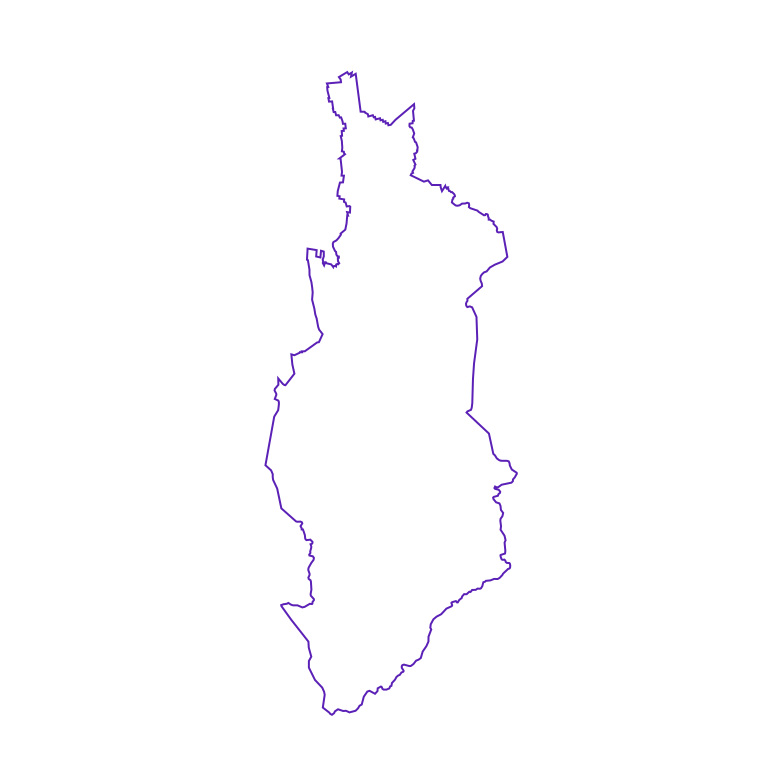 outline of Zacapoaxtla, Puebla, Mexico, rotated 167°
{"feature_id": "50627088B50649641407498", "entity_name": "Zacapoaxtla", "entity_type": "district", "adm_level": 2, "iso_a3": "MEX", "parent_name": "Mexico", "parent_adm1": "Puebla", "projection": "albers", "projection_center": [-97.59, 19.841], "detail": "fine", "context": "isolated", "style": "outline", "palette": "violet", "viewbox_px": 768, "rotation_deg": 167, "n_neighbors": 0, "source": "geoboundaries", "source_scale": "gbopen_adm2", "svg_char_len": 6128}
<svg xmlns="http://www.w3.org/2000/svg" viewBox="0 0 768 768"><g transform="rotate(167 384 384)"><path d="M418.3,104.5L415.0,107.2L412.4,107.6L409.8,108.7L406.5,114.6L401.6,119.1L398.6,123.1L397.5,127.7L393.2,134.2L393.7,136.1L392.5,139.4L388.8,143.6L385.1,145.5L380.1,146.8L373.7,151.1L368.3,152.2L367.5,152.7L367.3,153.5L367.6,155.5L366.7,156.1L362.8,156.3L361.9,154.7L361.3,154.6L359.2,156.7L356.4,158.0L355.7,159.4L353.2,161.2L350.8,160.6L347.6,162.4L346.6,161.9L346.0,162.2L344.5,163.5L340.9,162.8L338.9,163.6L336.5,162.9L335.5,163.1L333.7,164.9L331.8,168.5L330.1,168.6L329.0,169.3L324.6,168.7L320.5,169.3L317.1,168.4L314.9,169.1L311.6,171.3L310.7,172.4L304.7,175.9L303.2,176.0L302.5,176.7L301.8,178.7L301.8,180.8L302.3,181.4L304.5,182.0L305.4,183.1L305.5,184.6L306.2,185.8L307.7,185.9L308.8,186.6L309.2,189.5L309.0,191.0L308.6,191.2L304.2,191.6L303.3,194.1L302.2,202.3L300.7,204.4L300.7,209.1L303.2,215.8L302.0,218.9L301.4,224.7L300.7,226.5L298.4,228.5L296.9,231.5L298.4,235.0L297.9,239.1L298.4,241.7L301.4,243.5L303.2,247.2L303.2,248.8L302.4,249.3L298.1,249.5L297.3,250.9L295.5,251.8L295.0,252.9L296.0,255.1L299.4,256.9L299.8,257.8L298.8,259.1L297.7,258.1L296.1,257.7L292.0,259.4L282.0,259.2L280.3,260.3L279.8,262.0L277.7,263.5L274.8,266.6L274.7,267.7L278.7,271.9L279.7,276.1L279.5,278.7L279.9,280.6L281.5,281.5L287.3,282.9L288.9,283.9L290.8,286.1L291.9,289.4L293.2,291.4L292.9,312.1L310.0,337.6L308.9,338.5L305.0,339.3L303.8,341.3L302.3,345.4L296.2,368.8L291.6,383.9L283.1,406.5L278.8,428.6L280.9,438.9L282.9,440.3L285.5,440.2L286.2,441.7L286.1,443.7L285.1,445.3L284.0,446.2L283.6,448.3L266.4,457.3L266.1,460.0L266.6,462.5L266.6,465.0L265.3,467.6L263.3,469.2L261.3,470.3L258.7,470.6L254.6,473.7L249.3,475.3L240.9,476.7L235.2,480.1L234.1,505.4L238.5,506.0L239.5,506.8L239.5,508.5L238.8,509.7L238.9,511.5L241.3,515.4L240.6,517.6L242.7,519.0L243.5,520.2L245.0,520.6L244.6,522.5L244.9,523.5L244.8,525.7L245.5,526.4L246.6,526.7L247.4,525.8L248.6,525.9L253.1,530.5L253.9,531.9L260.4,535.9L261.5,537.3L260.7,539.3L260.7,541.0L262.2,541.9L264.1,541.6L267.4,542.2L270.2,541.1L272.5,541.2L274.1,541.9L277.0,545.6L275.8,548.4L274.8,549.0L274.6,550.1L272.6,551.0L272.6,552.1L273.0,553.4L274.5,555.7L275.5,555.8L276.1,556.9L277.3,557.6L277.4,560.0L278.8,560.1L278.9,560.5L277.9,561.3L279.8,561.7L279.8,563.2L284.1,558.9L284.5,562.6L284.2,565.2L292.6,567.1L295.3,572.5L299.6,572.2L311.0,581.4L309.8,582.9L308.2,583.2L308.4,584.8L305.8,587.4L305.2,588.6L305.2,589.8L304.0,590.7L305.1,595.7L302.7,596.4L302.7,601.6L301.1,601.7L299.4,602.9L299.3,604.2L298.9,604.2L297.9,607.3L298.4,612.2L299.3,612.9L299.8,616.8L300.5,617.8L298.2,621.3L298.7,625.7L299.3,627.6L300.8,628.3L301.2,629.7L300.5,631.9L297.5,631.6L296.8,633.9L295.6,633.8L294.3,643.6L292.4,645.8L291.8,649.9L313.3,638.9L319.1,635.0L321.5,635.1L321.5,637.4L323.7,637.4L323.5,639.7L325.8,639.6L325.8,641.7L328.1,641.7L328.1,643.8L332.6,643.7L332.6,646.2L334.0,646.2L334.4,648.4L339.1,648.2L339.0,650.5L341.5,652.8L341.6,653.6L345.5,654.6L341.8,692.6L347.0,690.9L345.3,694.7L348.7,693.6L349.7,696.2L358.9,693.2L357.7,690.4L358.0,687.7L372.0,689.7L371.5,685.9L372.6,686.0L373.1,682.4L372.9,675.0L373.9,675.1L374.0,671.5L371.0,671.0L371.6,663.8L371.9,663.8L371.9,660.3L370.3,660.0L370.2,656.6L367.7,656.1L367.1,653.5L365.8,653.4L365.3,649.0L365.5,646.8L363.2,646.3L363.7,641.7L365.9,642.1L366.2,639.7L368.3,640.0L369.0,635.3L370.4,635.3L370.4,630.3L371.5,623.5L372.7,620.2L370.9,619.4L371.0,617.9L370.3,616.7L376.7,613.8L375.6,613.5L377.2,600.1L378.5,596.6L376.2,596.0L378.6,589.7L381.6,590.2L385.7,582.3L387.1,577.8L385.0,576.9L385.8,574.7L381.3,572.8L382.0,570.5L380.6,569.4L380.4,565.4L377.6,565.1L377.0,564.4L378.6,558.7L381.3,559.8L381.1,556.2L381.9,556.5L384.4,548.8L387.0,543.1L392.5,540.3L392.4,539.2L395.5,536.4L398.1,534.6L401.3,533.7L402.3,532.3L402.8,529.3L401.8,524.6L401.0,523.5L401.3,520.7L400.5,518.8L399.9,518.6L400.0,518.1L399.4,518.1L399.6,517.1L400.7,516.9L401.2,513.9L400.5,511.7L401.9,510.9L402.6,511.5L403.7,511.2L404.3,509.4L404.9,510.0L406.6,510.2L407.1,509.3L408.5,512.4L413.1,514.7L413.2,515.6L413.9,515.9L415.7,513.0L416.4,515.6L415.7,517.2L415.8,518.8L413.9,522.0L412.9,526.6L415.4,528.0L417.5,521.6L421.4,523.5L419.5,529.6L428.0,533.1L431.1,522.4L430.3,521.8L430.9,512.3L432.1,506.8L431.8,499.6L432.3,493.9L432.9,489.2L435.1,482.3L434.9,473.3L435.3,467.2L434.9,463.0L435.3,454.5L435.0,451.6L432.6,446.4L438.0,439.4L439.9,439.5L453.8,433.7L456.8,434.3L456.8,433.4L458.9,433.9L459.2,433.4L464.8,432.2L467.6,433.7L468.9,423.7L469.0,414.2L480.3,405.0L481.3,405.4L482.6,406.9L485.8,413.2L487.1,407.0L491.4,403.8L492.1,402.3L491.2,398.9L491.3,397.7L493.8,394.0L490.7,391.6L490.5,389.9L491.1,387.5L493.0,382.3L498.3,376.9L517.8,331.5L513.4,325.2L512.7,321.2L513.4,318.2L513.6,315.4L511.6,306.2L512.0,285.9L500.6,269.9L499.5,269.3L496.3,268.7L495.1,267.7L495.0,266.5L497.3,264.3L496.7,262.0L496.9,260.8L495.8,260.6L495.5,258.9L495.1,254.7L495.5,251.3L495.3,250.2L494.6,249.3L490.8,248.9L489.2,246.3L489.4,245.3L490.2,244.5L491.6,244.4L491.4,242.0L491.8,240.7L493.6,237.4L493.7,236.0L495.3,234.5L495.2,233.6L492.1,232.1L491.4,230.3L492.2,228.5L495.2,225.9L498.6,222.2L499.4,220.7L499.6,219.5L499.2,216.0L499.5,214.6L501.2,212.5L501.2,211.0L499.7,209.2L499.7,207.6L501.0,200.0L502.8,195.7L502.9,194.2L500.7,190.2L500.9,189.2L502.7,187.6L503.2,186.1L503.7,185.8L505.7,186.5L511.5,184.7L513.8,184.7L518.1,187.8L522.4,188.8L524.1,189.8L526.5,192.2L528.1,191.7L531.3,192.0L533.9,191.7L533.9,190.6L527.4,175.1L515.6,150.0L516.6,144.1L516.2,134.7L519.5,131.0L521.0,124.5L517.8,111.1L512.5,102.1L511.6,97.6L511.7,94.5L516.4,82.5L511.2,76.1L510.6,74.7L509.1,73.4L506.7,74.5L505.4,76.1L502.0,77.4L497.4,74.6L494.5,74.1L491.5,71.8L485.2,72.0L482.3,73.8L480.2,76.0L477.8,76.7L474.0,83.9L469.4,88.1L467.1,88.3L462.4,84.2L459.4,86.3L458.6,88.9L455.0,89.9L454.3,89.1L454.1,87.3L453.1,86.3L450.3,85.7L447.3,86.2L446.0,88.0L444.7,88.2L443.5,90.9L439.7,93.5L437.8,95.7L435.7,96.8L434.1,97.0L431.9,99.0L430.2,99.2L429.6,99.6L429.4,100.3L430.5,103.4L430.2,105.0L429.4,105.9L427.7,106.1L422.8,103.5L421.4,103.2L418.3,104.5Z" fill="none" stroke="#5b21b6" stroke-width="2"/></g></svg>